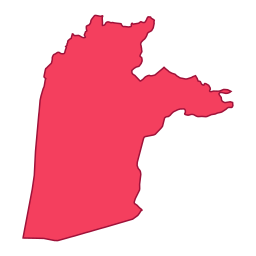 SVG path tracing the border of Kandahar
{"feature_id": "AFG-1754", "entity_name": "Kandahar", "entity_type": "Province", "adm_level": 1, "iso_a3": "AFG", "parent_name": "Afghanistan", "parent_adm1": "", "projection": "orthographic", "projection_center": [66.2, 31.058], "detail": "fine", "context": "isolated", "style": "filled", "palette": "rose", "viewbox_px": 256, "rotation_deg": 0, "n_neighbors": 0, "source": "natural_earth", "source_scale": "10m", "svg_char_len": 5254}
<svg xmlns="http://www.w3.org/2000/svg" viewBox="0 0 256 256"><path d="M231.0,91.4L229.7,92.4L227.8,93.2L225.8,93.4L221.7,92.5L219.7,92.6L218.9,93.9L219.4,95.0L220.3,96.2L221.2,97.4L221.6,100.3L222.5,101.4L223.8,102.2L225.0,102.6L230.3,101.8L232.6,102.5L232.9,105.6L232.3,107.0L231.3,107.5L228.8,107.4L227.8,107.7L226.9,108.4L226.1,109.2L222.1,111.8L220.9,112.3L217.5,113.0L215.2,114.0L211.4,114.6L207.0,116.5L205.8,116.7L201.8,116.4L198.5,116.6L197.4,116.5L196.1,116.0L193.8,114.7L192.5,114.4L191.2,114.4L188.8,115.1L187.5,115.1L186.1,114.8L185.3,114.5L184.8,114.2L184.7,113.6L184.9,113.1L185.3,112.7L185.4,112.0L185.3,110.4L184.8,109.4L183.9,108.9L180.2,109.0L177.8,109.7L173.5,111.8L171.6,113.5L170.2,115.2L168.5,116.5L166.1,116.8L164.6,117.9L162.5,126.3L161.2,128.0L155.3,134.2L153.8,134.9L145.2,136.6L144.2,137.2L143.6,138.3L137.3,162.2L137.1,165.4L138.2,168.4L139.8,170.4L140.3,171.3L140.6,172.8L140.8,174.4L139.6,184.2L139.7,188.7L139.5,190.1L135.3,198.6L134.4,201.4L134.2,202.6L134.6,203.6L136.9,205.1L139.5,207.8L141.5,209.4L142.0,210.1L141.8,210.4L141.2,210.6L140.9,210.8L139.5,213.1L137.8,215.4L132.7,219.1L127.2,220.7L123.5,221.8L119.7,222.9L116.0,224.0L112.2,225.1L108.5,226.2L104.7,227.3L101.0,228.3L97.2,229.4L93.4,230.5L89.7,231.6L85.9,232.6L82.2,233.7L78.4,234.8L74.7,235.9L70.9,236.9L67.1,238.0L57.7,240.6L54.5,240.5L43.8,238.4L35.0,238.2L23.1,238.0L23.1,237.9L23.1,237.5L32.2,189.6L34.3,175.3L35.5,151.3L38.8,114.4L39.1,111.9L40.1,100.3L41.0,96.1L43.1,88.9L44.1,86.6L44.2,86.2L45.3,79.7L45.8,78.7L45.6,78.4L45.2,78.2L44.8,77.8L44.2,77.2L44.0,76.7L44.1,75.9L45.4,69.6L45.6,69.1L45.7,68.7L45.9,68.5L47.0,67.6L47.5,67.0L50.3,64.3L51.3,63.3L51.6,62.6L52.2,59.9L52.3,57.4L52.8,56.1L53.3,55.2L53.6,54.8L54.0,54.5L54.3,54.3L54.7,54.2L55.8,53.6L56.9,52.8L57.5,52.5L58.0,52.3L59.0,52.4L59.5,52.6L60.5,53.4L61.0,53.6L61.6,53.7L62.9,53.8L63.9,53.6L64.3,53.3L64.7,52.7L65.6,49.3L66.1,48.3L66.3,47.7L66.3,47.3L66.0,47.0L65.8,46.8L65.6,46.5L65.8,46.3L66.0,46.2L66.5,45.9L66.7,45.6L66.9,45.3L67.0,44.4L67.0,44.0L67.6,42.8L67.7,42.3L67.7,41.8L68.0,40.7L69.8,39.1L70.9,38.5L71.2,38.3L71.3,38.0L71.3,37.7L72.4,33.9L73.0,34.0L73.9,35.2L74.4,35.5L75.2,35.6L78.5,35.4L79.5,35.8L81.9,37.2L82.8,37.5L83.6,37.7L84.5,37.6L85.0,37.5L85.4,37.1L84.4,35.2L84.4,34.9L84.4,34.5L84.5,34.3L84.7,34.0L84.9,33.6L85.3,32.3L85.4,32.0L85.5,31.9L85.6,31.7L85.8,31.6L86.4,31.2L86.8,30.9L86.8,30.6L86.4,29.1L86.3,27.5L86.3,26.7L86.4,26.3L86.5,26.1L87.8,25.4L88.7,25.1L89.0,24.9L89.4,24.5L89.9,23.9L90.5,22.9L90.7,22.0L90.9,20.8L91.2,20.0L91.9,18.9L94.1,16.1L94.5,15.7L94.8,15.5L95.2,15.4L95.8,15.4L100.4,16.3L101.2,16.2L102.2,15.8L102.4,15.9L102.6,15.9L102.7,16.2L102.7,16.4L102.5,16.7L102.3,17.4L102.2,18.3L102.5,22.6L102.4,24.7L102.4,25.2L102.5,25.4L102.7,25.5L102.9,25.4L104.0,25.2L104.3,25.1L104.6,24.9L104.8,24.6L105.1,24.3L105.8,23.0L106.1,22.7L106.3,22.5L106.6,22.3L107.2,22.0L107.9,21.9L108.3,21.9L108.9,22.0L110.9,22.7L111.2,22.7L112.6,22.5L113.1,22.6L114.2,22.9L117.5,23.3L120.4,23.6L121.2,23.9L121.3,24.1L121.4,24.7L121.6,24.9L122.2,25.8L122.7,26.3L123.2,26.5L123.8,26.6L124.8,26.5L128.7,27.0L130.8,26.6L131.1,26.3L131.3,26.0L131.3,25.7L131.3,24.7L131.3,24.3L131.5,23.9L131.8,23.4L132.1,23.3L132.3,23.3L132.5,23.4L132.6,23.7L132.9,24.0L133.6,24.1L134.3,23.9L138.4,23.3L139.1,23.0L139.4,22.6L140.9,21.7L142.9,22.5L143.4,22.5L144.3,22.5L144.7,22.3L145.1,22.0L146.4,20.0L147.1,18.2L147.4,17.7L147.8,17.1L148.1,16.9L148.3,16.8L148.5,16.9L148.7,17.0L149.0,17.0L149.9,16.9L150.4,17.0L150.6,17.1L150.8,17.4L151.0,17.9L151.2,18.1L151.4,18.3L152.1,18.7L152.5,19.1L152.7,19.3L153.4,19.4L153.8,19.7L154.1,20.1L154.3,20.5L154.2,20.9L154.0,21.6L154.0,22.0L154.1,23.2L154.1,23.6L154.0,24.1L153.3,27.5L153.2,27.9L152.5,29.1L151.7,30.5L150.9,31.1L148.6,32.3L148.0,32.8L147.5,33.3L146.7,35.7L146.3,36.4L145.6,37.7L144.6,39.0L143.1,40.2L141.6,41.8L141.2,42.3L140.9,43.0L140.7,43.9L140.7,44.4L140.8,45.1L141.1,45.8L141.2,46.2L141.2,47.1L141.4,47.7L141.4,47.8L141.5,48.0L141.6,49.6L141.9,51.3L141.8,51.7L141.7,52.1L140.8,53.6L140.0,55.6L140.0,56.0L140.1,56.4L140.3,56.6L141.0,57.1L141.6,57.5L142.0,59.1L142.1,61.0L141.9,61.5L141.2,63.4L139.8,65.3L139.3,66.0L139.0,66.2L138.7,66.4L136.3,67.0L134.8,67.9L133.9,68.5L131.8,70.5L131.9,72.3L132.0,72.9L132.4,73.6L132.7,74.0L132.9,74.2L134.9,75.5L140.0,80.9L140.2,81.0L140.6,81.0L143.1,79.2L144.6,77.6L145.4,76.9L146.7,76.2L147.8,75.7L149.1,75.4L149.4,75.4L149.7,75.5L150.0,75.7L150.6,75.8L151.6,75.8L154.4,75.2L155.1,74.9L163.1,68.2L163.8,67.4L164.1,67.3L164.3,67.4L164.8,68.0L165.0,68.3L168.0,70.7L169.0,71.7L171.8,73.2L174.3,74.0L174.9,74.2L175.5,74.6L176.0,75.2L177.1,76.1L178.5,76.9L179.5,77.6L180.1,77.9L180.7,78.0L181.0,78.1L182.7,78.4L185.6,79.0L187.0,78.9L191.5,77.5L192.8,76.7L195.5,75.7L197.2,78.5L198.0,80.8L198.1,81.0L198.3,81.1L199.2,81.2L199.6,81.3L200.1,81.5L200.3,81.6L201.3,83.6L201.7,84.2L202.1,84.6L202.8,84.9L203.4,85.1L203.6,85.1L203.9,85.0L204.1,84.8L204.4,83.9L204.6,83.6L204.8,83.5L205.9,83.7L208.7,85.3L210.1,87.8L210.3,88.9L210.3,89.2L209.7,90.3L209.6,90.8L209.6,91.1L209.7,91.3L210.0,91.5L210.4,91.6L210.7,91.6L211.1,91.6L211.4,91.6L213.4,91.1L213.8,91.1L218.1,91.2L219.1,91.1L220.1,90.9L223.5,89.5L224.9,89.5L227.3,89.7L227.8,89.8L231.0,91.4L231.0,91.4Z" fill="#f43f5e" stroke="#9f1239" stroke-width="1.5"/></svg>